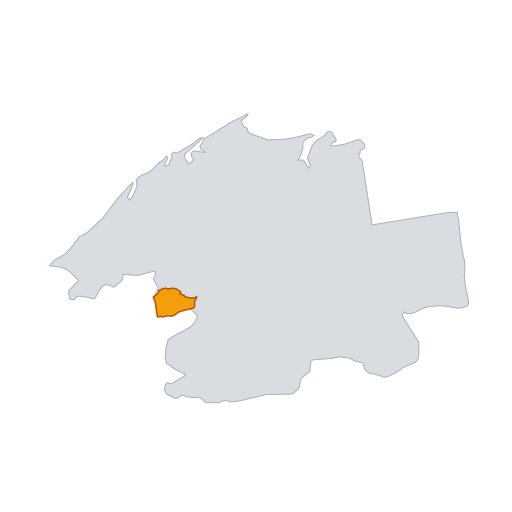 location of Louetsi-Bibaka, Ngounié, Gabon, rotated 81°
{"feature_id": "22940354B39129548134605", "entity_name": "Louetsi-Bibaka", "entity_type": "district", "adm_level": 2, "iso_a3": "GAB", "parent_name": "Gabon", "parent_adm1": "Ngounié", "projection": "equal_earth", "projection_center": [12.206, -2.115], "detail": "fine", "context": "in_parent", "style": "filled", "palette": "amber", "viewbox_px": 512, "rotation_deg": 81, "n_neighbors": 0, "source": "geoboundaries", "source_scale": "gbopen_adm2", "svg_char_len": 4792}
<svg xmlns="http://www.w3.org/2000/svg" viewBox="0 0 512 512"><g transform="rotate(81 256 256)"><path d="M339.5,59.7L339.3,64.3L335.4,75.6L333.6,84.3L333.1,93.6L334.2,101.1L336.1,106.4L337.3,112.2L336.3,116.3L334.5,118.0L335.8,120.1L338.6,120.6L343.4,118.8L350.8,115.7L360.5,111.2L366.9,108.8L377.5,110.3L383.1,112.0L386.0,115.2L389.1,128.5L390.7,130.5L393.2,136.2L395.3,143.0L395.8,146.5L395.6,149.0L393.4,152.7L391.0,158.1L390.2,161.4L388.1,163.8L385.6,166.2L378.5,167.2L377.5,168.6L375.5,174.4L371.8,179.2L370.1,183.9L368.6,190.0L368.9,197.7L368.1,208.7L367.4,216.1L369.2,218.7L377.7,220.5L379.3,222.0L381.5,226.6L384.4,230.9L392.1,233.6L395.1,237.0L397.5,240.6L397.8,243.6L396.1,255.5L394.4,267.0L395.1,275.7L395.7,284.0L396.6,296.1L396.2,303.5L394.0,308.1L394.0,311.6L395.0,315.9L393.1,327.7L391.8,329.7L388.4,331.9L386.6,335.0L386.0,340.0L384.1,346.8L382.2,349.3L382.2,352.5L384.0,354.8L384.0,358.4L380.6,362.6L378.5,365.8L373.9,367.4L368.7,365.7L367.4,363.4L368.7,359.7L368.2,356.8L366.4,353.7L363.6,345.8L361.2,344.1L359.8,347.3L355.5,353.4L347.9,361.1L342.7,361.7L332.9,359.4L324.7,355.7L320.9,346.6L318.5,339.1L315.0,330.4L311.1,326.3L306.9,323.7L305.0,323.5L299.0,328.3L297.3,330.2L297.3,334.3L297.8,338.1L298.8,339.9L299.5,342.4L299.4,346.1L298.3,351.2L298.0,356.8L279.2,362.2L276.0,360.3L273.6,357.7L270.8,358.2L262.6,361.0L259.6,359.1L256.7,357.6L255.3,358.8L255.2,361.2L256.6,374.3L256.1,379.3L254.3,385.8L253.4,390.3L258.3,391.5L260.1,393.6L261.9,396.9L264.3,399.9L264.4,401.8L261.7,405.2L260.8,409.5L262.1,412.8L265.5,416.2L270.4,419.8L272.8,422.1L272.6,424.3L270.3,428.8L269.4,432.7L267.9,436.2L268.2,439.4L270.4,442.4L270.2,445.1L268.6,447.1L265.6,446.7L263.0,447.0L260.6,446.1L253.3,435.8L251.7,435.5L241.1,443.4L238.5,446.7L236.3,451.4L233.4,461.6L228.6,455.7L224.4,444.8L219.6,438.2L209.4,427.4L206.6,419.4L195.0,401.9L178.2,384.4L166.1,369.2L164.2,365.9L166.3,366.3L178.0,373.9L179.6,373.0L180.9,371.3L175.9,367.3L171.1,364.2L166.5,362.3L162.0,362.4L159.5,359.2L157.8,354.3L157.0,350.2L155.0,345.8L148.5,336.8L147.0,333.3L143.4,328.5L145.6,327.9L152.5,332.5L153.1,330.6L152.5,328.0L145.6,323.7L141.8,323.4L140.9,320.3L141.5,316.8L136.5,303.7L131.3,293.9L130.5,289.2L144.4,310.6L146.3,311.0L148.7,310.8L154.5,308.4L153.4,305.5L150.8,302.5L148.3,303.9L145.0,304.2L143.3,302.9L142.5,300.7L145.8,290.3L144.4,290.8L143.3,292.7L141.5,293.6L138.8,294.1L131.9,288.5L125.9,273.5L124.3,270.5L122.7,265.2L121.1,263.1L114.2,241.7L116.8,243.3L120.0,249.5L126.1,248.2L128.5,244.6L130.6,244.8L132.7,244.0L135.4,240.6L143.3,225.9L145.4,206.5L144.7,195.0L143.6,183.6L146.2,179.9L147.2,182.3L147.7,186.4L148.9,189.4L151.7,192.1L156.9,192.8L165.0,197.0L167.9,199.7L168.6,194.3L177.9,189.8L175.1,188.1L166.9,189.9L155.6,183.1L151.8,178.7L148.3,170.5L144.7,166.1L144.9,162.2L153.1,158.7L155.2,159.1L156.1,163.3L158.2,165.1L159.1,164.5L159.4,160.9L159.5,151.1L157.0,137.1L157.8,134.4L160.0,133.4L162.0,131.6L163.3,131.2L166.1,131.6L167.5,134.8L168.2,136.6L171.0,137.4L173.3,139.1L175.2,138.7L176.9,136.7L179.2,136.2L186.6,136.3L193.3,136.3L206.7,136.4L220.0,136.4L233.4,136.5L243.4,136.5L243.4,128.5L243.3,116.2L243.3,101.6L243.2,87.5L243.2,74.6L243.1,59.3L243.6,54.9L244.3,53.1L244.1,50.5L254.4,50.4L273.1,51.5L281.3,51.3L283.6,51.6L293.8,50.8L302.0,51.8L305.6,52.8L308.7,53.4L318.6,54.0L331.6,53.2L335.9,53.4L338.4,55.5L339.5,59.7Z" fill="#d9dde1" stroke="#a8b0b8" stroke-width="1"/><path d="M287.1,321.2L287.3,322.0L287.6,323.0L287.6,324.9L287.5,325.8L287.4,326.5L287.2,327.4L287.0,328.1L286.8,328.7L286.4,329.5L286.1,330.3L285.6,331.3L285.4,332.2L285.0,332.9L284.6,332.9L284.1,332.9L283.7,333.1L283.4,333.5L283.1,334.2L282.8,334.7L282.5,335.3L282.1,336.2L281.8,336.8L281.4,337.1L281.0,337.1L280.7,336.7L280.5,336.2L280.2,336.0L279.8,336.0L279.3,336.3L278.8,336.8L278.5,337.3L278.1,337.8L277.7,338.2L277.3,338.5L277.0,338.7L276.5,339.1L276.1,339.8L275.8,340.3L275.5,341.1L275.1,342.2L274.8,343.4L274.8,344.1L274.8,345.0L274.8,345.8L274.8,346.6L274.7,347.5L274.7,348.1L274.5,348.8L274.1,349.3L273.7,349.9L273.6,350.4L273.6,351.4L273.7,352.7L273.8,353.5L274.1,354.3L274.3,355.0L274.6,356.0L274.8,356.8L275.0,357.3L275.1,357.6L275.9,357.5L277.0,358.3L278.5,360.0L279.4,361.7L280.0,363.4L280.7,363.9L282.2,363.6L284.3,362.9L286.0,362.8L288.3,362.8L291.2,362.8L294.3,362.9L300.3,362.9L300.8,362.8L300.8,362.2L300.8,360.7L300.8,359.8L301.3,358.3L301.6,356.7L301.5,355.6L301.2,354.0L301.2,352.6L301.5,351.2L301.9,350.2L302.2,349.0L302.0,347.4L301.5,345.5L301.0,344.5L300.5,343.6L299.9,342.3L299.3,341.0L299.0,339.5L298.7,337.9L298.5,335.8L298.2,333.0L298.1,331.1L298.0,329.2L297.7,327.6L297.8,326.6L297.0,324.9L295.7,324.4L293.8,324.2L292.2,324.0L291.2,323.6L290.3,323.0L289.7,322.5L289.0,321.8L288.4,321.5L287.6,321.5L287.1,321.2Z" fill="#f59e0b" stroke="#b45309" stroke-width="1.5"/></g></svg>